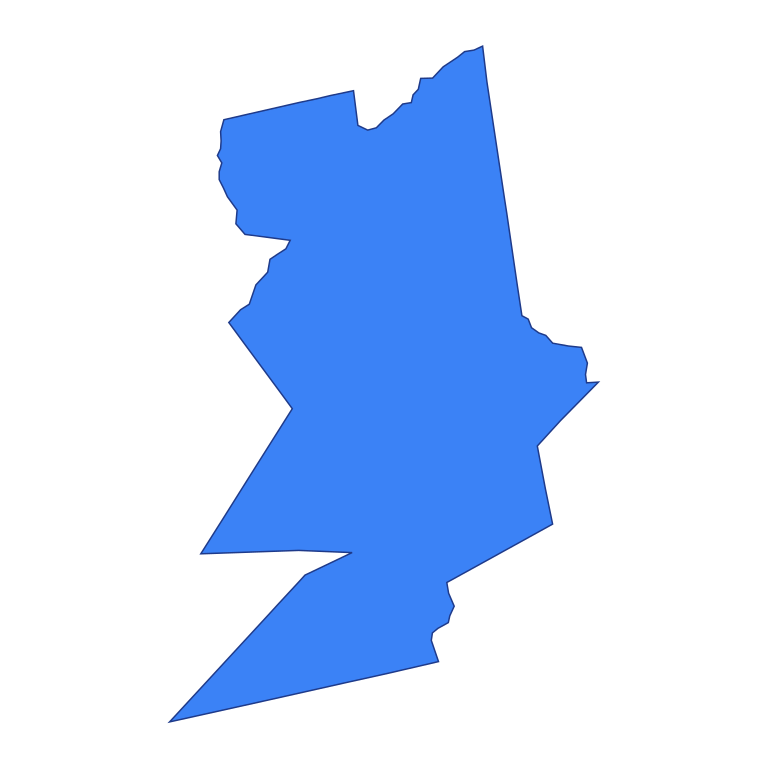 Palmares, Pernambuco, Brazil
{"feature_id": "56859067B81713623285946", "entity_name": "Palmares", "entity_type": "district", "adm_level": 2, "iso_a3": "BRA", "parent_name": "Brazil", "parent_adm1": "Pernambuco", "projection": "orthographic", "projection_center": [-35.631, -8.659], "detail": "fine", "context": "isolated", "style": "filled", "palette": "blue", "viewbox_px": 768, "rotation_deg": 0, "n_neighbors": 0, "source": "geoboundaries", "source_scale": "gbopen_adm2", "svg_char_len": 1199}
<svg xmlns="http://www.w3.org/2000/svg" viewBox="0 0 768 768"><path d="M598.4,382.1L586.6,382.8L585.5,374.5L587.4,363.1L581.5,347.4L568.3,346.0L552.7,343.2L545.8,335.4L538.8,332.9L531.5,327.7L528.2,319.1L521.9,315.7L517.0,283.3L506.8,213.5L504.6,199.3L486.9,81.7L482.6,46.1L474.0,50.1L464.6,51.6L457.6,57.2L443.2,66.8L432.6,78.1L420.7,78.4L418.3,89.3L413.1,94.8L411.3,102.6L402.7,104.0L393.2,113.8L384.0,120.0L376.3,127.8L367.7,130.1L357.9,125.4L353.5,90.7L330.6,95.5L316.7,98.8L300.0,102.3L223.9,119.7L220.6,131.6L221.1,140.9L220.6,148.7L217.4,155.5L221.8,162.9L219.2,171.7L219.2,179.6L223.5,188.1L227.4,196.7L237.1,210.1L235.9,223.8L245.0,234.4L290.2,240.3L285.9,248.8L277.4,254.3L270.0,259.3L267.7,272.2L255.9,284.9L249.3,304.2L240.6,309.7L228.8,322.5L243.5,342.5L281.4,393.8L292.3,408.7L255.7,466.7L222.9,518.9L200.8,553.8L298.7,550.4L352.1,552.6L305.0,575.1L299.1,581.6L278.7,603.6L266.7,616.7L169.6,721.9L263.9,701.0L345.1,682.8L391.6,672.5L402.7,669.9L438.5,661.6L431.3,640.4L432.4,632.9L438.0,628.3L448.3,622.6L449.8,615.8L454.2,606.2L448.6,593.2L446.8,582.5L513.0,546.0L552.6,524.1L545.3,488.4L537.3,446.0L560.5,420.6L598.4,382.1Z" fill="#3b82f6" stroke="#1e3a8a" stroke-width="1.5"/></svg>